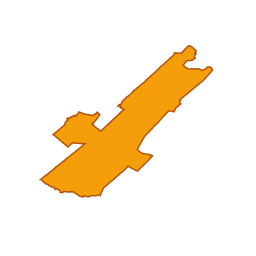 Braesti, Botosani, Romania (Natural Earth projection), rotated 156°
{"feature_id": "2599482B30071805057841", "entity_name": "Braesti", "entity_type": "district", "adm_level": 2, "iso_a3": "ROU", "parent_name": "Romania", "parent_adm1": "Botosani", "projection": "natural_earth1", "projection_center": [26.468, 47.861], "detail": "fine", "context": "isolated", "style": "filled", "palette": "amber", "viewbox_px": 256, "rotation_deg": 156, "n_neighbors": 0, "source": "geoboundaries", "source_scale": "gbopen_adm2", "svg_char_len": 5676}
<svg xmlns="http://www.w3.org/2000/svg" viewBox="0 0 256 256"><g transform="rotate(156 128 128)"><path d="M199.1,152.3L198.9,152.4L196.9,148.2L194.3,142.8L193.2,140.5L191.4,136.9L190.6,135.1L184.7,137.1L184.4,136.8L183.2,136.1L178.7,133.7L178.0,133.4L177.5,132.9L175.7,132.1L173.7,131.2L182.8,128.5L184.5,128.2L185.1,128.1L185.0,127.9L186.2,127.6L187.2,127.5L188.9,127.0L194.7,125.5L197.0,125.1L197.4,124.7L197.6,124.6L198.3,124.5L199.3,124.1L200.0,124.0L200.3,124.0L200.7,123.7L201.5,123.7L202.8,123.2L204.3,123.0L209.1,121.8L210.4,121.6L210.5,121.3L211.7,120.9L211.8,120.7L212.3,120.8L213.8,120.3L214.4,120.2L214.8,120.0L215.7,119.9L217.7,119.2L218.5,119.0L218.9,118.9L223.8,117.8L225.1,117.5L226.5,117.0L228.8,116.5L228.6,116.4L228.2,115.9L227.4,114.1L227.3,113.1L227.1,112.7L226.6,112.2L226.3,111.6L226.2,111.1L226.1,110.9L225.7,110.7L225.5,110.0L225.2,109.7L224.0,109.1L223.8,108.8L223.8,108.5L223.7,108.3L223.7,107.7L223.5,107.3L222.9,106.8L222.7,106.5L221.9,105.3L221.6,105.0L220.5,104.5L220.1,104.1L219.7,103.7L219.5,103.2L219.8,101.8L219.6,101.6L219.3,101.6L218.9,101.7L217.9,101.5L217.3,100.4L216.3,99.7L216.0,99.3L215.9,98.9L215.5,98.1L215.5,97.9L215.9,97.3L215.6,97.3L215.6,97.1L215.8,96.7L215.4,96.3L214.8,96.0L214.2,95.6L213.7,95.6L212.9,96.0L212.5,96.1L212.1,96.0L211.6,95.8L211.3,95.4L210.8,95.1L207.7,93.5L207.5,93.3L207.4,93.2L207.3,93.4L206.9,93.3L205.8,93.0L205.6,92.7L205.2,92.7L204.7,92.2L204.4,92.1L203.3,91.2L203.1,90.6L202.8,89.9L202.0,89.1L201.2,87.6L200.6,86.7L200.2,85.8L198.8,84.3L198.5,84.2L197.6,83.9L197.4,83.8L197.2,83.5L197.1,83.9L197.0,84.0L196.7,84.1L194.2,82.8L193.9,82.6L193.3,81.8L192.9,81.6L191.7,81.1L191.4,81.0L191.2,81.3L190.9,81.4L189.0,81.0L187.8,80.6L186.6,79.9L185.6,79.4L185.0,79.3L184.7,79.3L183.5,78.8L182.0,78.7L181.4,78.3L181.2,78.1L180.9,77.6L180.5,78.0L179.6,78.9L177.7,80.6L177.4,80.8L175.2,83.0L174.6,83.4L173.9,83.6L173.7,83.5L168.1,85.2L166.3,85.9L164.7,86.2L161.5,87.1L157.1,88.5L153.4,89.7L150.1,90.5L145.1,92.3L143.5,93.2L142.4,91.6L137.0,84.8L128.2,88.0L124.1,89.6L122.3,90.2L116.9,92.8L119.8,95.5L124.6,98.4L125.1,98.9L127.1,101.6L127.4,102.3L128.3,104.7L126.3,106.2L125.3,107.0L121.4,109.8L118.9,111.8L116.4,113.5L114.9,114.2L111.9,115.5L111.3,115.6L111.1,115.6L109.8,116.2L105.8,117.8L104.3,118.6L103.1,119.0L101.6,119.6L100.4,120.0L98.2,120.8L95.4,122.2L91.2,124.0L90.5,124.4L88.9,125.0L87.6,125.5L84.2,127.0L82.0,126.2L81.4,125.9L80.8,125.4L79.6,124.1L79.2,124.4L78.9,124.4L78.0,125.4L76.7,126.4L76.0,126.8L75.6,126.9L74.6,127.3L73.4,127.5L73.0,127.7L72.0,128.4L70.7,128.6L69.9,128.5L70.3,130.7L70.0,131.8L68.7,131.8L68.7,132.7L64.5,134.0L58.1,135.7L38.8,141.2L27.2,146.5L27.3,147.5L27.2,149.0L27.3,149.3L28.1,150.1L29.8,151.2L30.0,151.3L30.5,151.3L31.5,151.1L32.4,150.7L34.0,150.3L34.8,150.4L35.5,150.6L36.9,150.6L37.1,150.7L37.5,151.1L38.0,151.7L38.6,152.7L39.0,153.2L39.4,153.5L41.1,154.0L42.5,154.7L43.6,154.8L44.0,154.9L44.5,155.1L44.7,155.4L44.8,155.8L45.5,156.2L46.3,156.4L47.9,156.7L48.4,157.0L49.3,157.8L49.9,159.1L50.7,159.9L51.3,161.2L51.8,162.4L52.0,163.1L51.8,163.3L51.5,163.5L50.7,163.7L49.6,164.3L48.6,164.6L46.7,165.4L45.9,165.3L45.4,165.2L44.7,164.8L44.0,164.4L42.6,164.0L41.9,163.9L41.3,163.9L39.9,164.2L38.9,164.2L38.2,164.4L38.1,164.5L38.2,164.8L38.8,165.7L38.3,166.2L38.1,166.5L37.3,167.2L36.0,168.0L35.6,168.2L35.7,168.4L36.6,169.3L35.7,169.7L34.2,170.6L34.9,172.0L36.2,175.1L36.9,176.6L37.3,177.1L38.9,178.5L39.4,178.3L39.9,178.3L40.1,178.3L40.6,178.1L41.3,177.7L41.6,177.6L42.1,177.3L43.1,177.2L43.3,177.1L43.9,176.5L44.2,176.3L44.3,176.3L44.5,176.5L44.6,176.4L44.8,176.4L45.3,176.1L45.5,176.1L45.9,175.8L46.2,175.6L47.0,175.4L47.3,175.4L47.5,175.2L47.9,174.9L48.1,174.8L48.5,174.9L48.9,174.7L49.4,174.9L49.9,175.3L50.1,175.4L50.7,175.5L51.0,175.7L52.0,175.8L52.8,176.4L53.1,176.6L53.2,176.9L53.5,176.9L54.9,177.8L55.2,177.2L55.6,176.8L56.1,176.3L56.9,175.8L58.5,175.5L60.8,174.7L61.0,174.6L62.5,174.1L64.6,173.4L66.1,172.9L69.6,171.8L70.6,171.4L71.2,171.1L71.6,171.2L72.5,171.0L80.6,167.9L85.9,166.3L87.8,165.6L90.2,165.0L91.1,164.7L92.1,164.1L92.8,163.8L93.4,163.7L94.9,163.1L95.7,163.0L96.3,162.9L97.6,162.5L98.3,162.3L99.2,162.1L101.0,161.4L103.0,161.0L103.9,160.8L106.7,159.7L107.2,160.1L108.4,159.4L111.0,158.2L113.2,157.6L114.5,157.1L115.7,157.0L117.3,156.6L117.6,156.4L117.8,156.3L122.7,154.5L124.4,152.6L124.9,152.7L125.5,152.8L125.9,152.9L127.0,152.8L127.3,152.7L127.6,152.5L128.3,152.0L126.8,151.5L125.6,151.4L125.6,151.1L125.7,150.6L125.8,149.6L126.6,149.6L126.0,148.8L125.9,148.8L125.7,148.9L125.5,148.5L125.2,148.1L124.5,147.2L124.1,146.7L128.4,145.3L129.8,144.7L131.3,144.2L135.7,142.6L136.8,142.3L141.4,140.7L145.2,139.3L146.6,138.9L148.7,138.1L150.2,137.5L151.1,137.3L152.4,136.8L152.5,136.7L154.1,136.2L154.6,136.7L154.8,137.1L155.2,137.9L157.0,141.3L159.1,145.2L158.3,145.7L158.9,146.5L156.9,147.0L152.0,149.4L151.5,149.8L148.3,151.8L149.8,155.1L150.9,154.5L151.8,153.7L152.4,154.2L152.9,154.3L153.5,154.1L153.8,153.8L154.3,153.5L154.7,153.5L154.9,153.6L158.4,156.0L162.5,158.8L163.1,159.1L163.3,159.5L166.2,162.6L166.5,162.3L166.9,162.0L168.2,161.4L168.8,161.3L169.6,160.7L170.2,160.2L170.5,160.6L171.0,161.1L171.2,161.3L172.5,160.6L172.8,160.9L173.2,161.3L173.7,161.4L174.0,161.4L174.3,161.2L174.6,161.2L175.1,160.9L175.4,161.0L175.8,161.2L176.2,161.1L176.8,161.1L177.2,160.6L177.5,160.5L177.8,160.6L178.4,161.2L178.9,161.6L179.2,161.7L179.6,161.7L179.9,161.5L180.0,161.4L179.9,160.6L180.0,160.2L179.7,159.9L181.1,159.0L181.3,159.0L181.6,159.3L182.0,159.2L183.5,158.1L183.8,157.5L183.8,156.9L184.3,156.6L188.6,155.4L188.9,155.4L189.1,155.3L189.5,155.1L190.5,154.8L197.0,153.1L199.2,152.4L199.1,152.3Z" fill="#f59e0b" stroke="#b45309" stroke-width="1.5"/></g></svg>